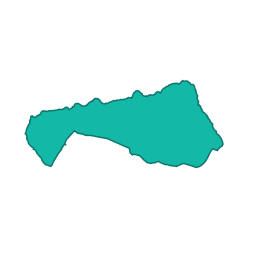 Mocha, Tungurahua, Ecuador (Mercator projection), rotated 204°
{"feature_id": "8360857B45602957344517", "entity_name": "Mocha", "entity_type": "district", "adm_level": 2, "iso_a3": "ECU", "parent_name": "Ecuador", "parent_adm1": "Tungurahua", "projection": "mercator", "projection_center": [-78.688, -1.415], "detail": "fine", "context": "isolated", "style": "filled", "palette": "teal", "viewbox_px": 256, "rotation_deg": 204, "n_neighbors": 0, "source": "geoboundaries", "source_scale": "gbopen_adm2", "svg_char_len": 5867}
<svg xmlns="http://www.w3.org/2000/svg" viewBox="0 0 256 256"><g transform="rotate(204 128 128)"><path d="M34.6,151.0L34.7,151.4L34.7,152.0L35.1,152.5L35.6,152.7L35.9,153.8L37.7,155.3L38.5,156.3L40.0,156.9L40.9,157.8L41.5,158.0L42.8,158.6L44.6,158.8L45.1,158.9L45.4,159.3L45.6,160.5L46.1,161.0L47.9,161.2L48.8,161.8L49.7,162.1L51.9,164.6L52.1,165.2L52.0,165.6L52.2,165.9L53.4,166.5L54.7,166.7L54.9,166.8L55.0,167.2L55.8,167.6L56.0,167.9L56.4,168.1L56.8,168.5L56.9,168.8L57.9,169.0L58.5,169.6L58.9,169.9L59.8,170.0L59.9,170.4L59.9,170.8L60.5,170.9L60.9,171.5L61.3,171.5L62.9,172.3L63.2,172.3L64.6,172.9L65.2,172.8L65.4,173.1L65.7,173.2L66.0,173.2L66.8,173.5L67.2,173.8L67.7,174.7L68.4,175.1L69.1,175.7L69.5,175.8L70.1,176.1L70.3,176.9L70.6,177.1L70.7,177.5L71.9,177.4L72.4,177.2L72.9,177.3L73.4,177.7L73.0,178.2L73.3,178.3L73.8,178.8L73.7,179.0L73.7,179.3L74.0,179.7L74.3,180.9L74.7,181.3L75.1,181.3L76.2,182.5L76.5,183.0L76.8,183.2L77.3,184.2L77.4,185.7L77.8,185.8L78.4,186.2L79.1,187.1L79.4,187.3L80.1,188.2L80.7,188.7L80.9,189.0L80.8,189.3L81.6,190.0L81.9,190.6L83.0,191.3L83.5,191.9L84.1,192.9L85.2,193.8L86.1,194.2L87.6,193.5L88.4,193.5L89.1,193.8L89.7,194.4L91.1,194.3L92.3,195.0L93.8,194.7L96.4,193.2L97.2,193.6L97.5,193.2L97.6,192.8L98.1,191.9L98.4,190.4L98.7,190.2L99.4,188.9L99.4,188.6L99.8,188.4L100.2,188.5L100.6,188.8L101.2,188.9L101.6,188.8L102.1,188.4L102.3,188.1L102.9,188.0L103.1,187.8L104.1,187.4L106.2,185.8L107.2,184.5L107.9,184.0L108.0,183.9L107.9,183.6L108.7,182.0L109.5,181.8L109.8,181.6L110.3,180.0L111.5,178.7L111.8,177.9L112.2,176.8L112.6,175.3L112.5,174.8L112.2,174.2L112.2,173.7L112.9,173.3L113.3,173.2L113.9,173.5L114.1,173.5L114.4,173.6L114.9,173.4L115.6,172.8L116.6,172.5L116.7,171.4L116.9,171.0L117.0,170.9L117.1,170.4L117.3,170.1L117.1,169.7L117.4,169.3L117.8,169.2L118.9,167.7L119.5,167.7L120.0,167.5L120.5,167.6L121.1,167.5L121.4,166.9L122.0,166.7L122.1,166.4L122.5,166.2L122.7,165.5L123.2,164.8L123.6,164.8L124.0,164.4L124.3,164.3L124.5,164.5L124.6,164.3L125.3,164.1L125.4,163.9L126.4,163.7L127.5,163.7L128.6,164.2L128.8,164.4L128.8,164.8L129.6,165.2L130.1,165.2L130.8,165.2L133.2,166.2L134.6,165.8L135.1,165.3L135.6,165.2L135.8,165.1L136.2,164.1L136.9,162.2L136.9,161.3L137.0,161.0L137.1,160.6L136.7,159.3L136.9,158.7L136.8,157.9L137.0,157.6L136.9,156.9L139.2,156.3L140.1,155.9L141.8,153.6L142.6,153.0L143.3,152.6L144.8,151.6L146.3,151.0L146.9,150.2L148.2,149.5L149.3,149.1L149.8,148.5L150.3,148.2L150.9,147.5L151.4,147.5L152.2,147.3L153.9,145.2L155.3,144.1L156.3,142.5L157.0,141.8L158.3,141.7L158.5,141.5L158.7,140.9L159.4,140.3L160.0,140.1L162.5,140.4L163.3,140.8L164.2,141.1L164.8,141.8L165.4,141.8L165.7,142.1L167.5,142.5L168.6,142.1L169.2,142.0L169.6,141.8L170.1,141.6L170.5,141.1L171.0,139.9L171.0,139.7L170.8,139.4L171.2,138.8L171.1,138.3L171.6,138.3L171.9,137.6L172.3,137.4L172.5,137.4L172.6,137.0L172.8,136.7L173.9,135.3L174.0,134.0L174.7,133.3L174.8,132.9L174.7,132.1L175.3,131.9L175.8,130.9L176.2,130.7L177.1,129.9L177.3,129.8L178.0,129.9L178.3,129.6L178.7,129.5L183.6,130.2L184.2,129.7L184.5,129.5L184.9,129.2L185.4,129.2L186.0,128.5L186.2,127.8L186.2,126.5L186.0,126.2L186.6,125.6L186.7,124.8L187.4,124.7L187.3,123.5L187.5,123.1L188.3,122.4L188.5,122.0L188.6,121.2L189.4,120.8L189.7,120.9L190.8,121.9L191.4,122.1L192.5,122.0L193.0,121.7L193.8,121.1L193.9,120.0L194.1,119.7L194.9,119.2L195.1,118.5L195.6,118.4L196.1,117.8L196.5,117.6L198.4,117.2L198.7,116.7L199.3,116.4L200.2,115.4L201.1,115.0L201.8,114.4L202.9,113.9L204.0,113.1L206.5,112.0L207.5,111.3L208.1,110.6L208.6,110.2L209.8,110.1L210.3,109.6L210.5,109.5L211.1,109.6L211.4,109.5L212.4,109.1L213.4,108.1L213.7,107.1L213.8,104.9L214.5,103.6L214.7,103.4L215.2,103.3L215.4,103.0L215.5,102.6L216.3,101.7L216.5,100.6L216.7,100.3L217.4,99.8L218.6,99.8L219.4,99.5L219.9,99.6L220.3,100.0L220.5,100.1L221.4,99.1L221.1,98.7L220.7,96.7L220.7,95.0L220.6,94.4L220.3,93.9L219.6,92.2L219.6,91.6L220.2,90.8L220.1,88.9L220.2,86.5L219.9,84.5L219.4,82.2L219.6,81.1L218.7,80.8L217.6,79.8L217.3,79.7L216.4,79.1L216.3,78.9L216.5,78.7L216.6,78.3L216.1,77.0L215.3,76.2L213.8,75.2L212.9,73.7L212.2,73.2L209.4,71.9L208.7,71.7L206.7,71.5L205.9,70.6L205.9,70.2L204.9,70.2L204.0,70.1L203.0,69.6L202.6,69.5L201.1,68.0L200.7,67.7L199.8,67.5L198.7,66.7L197.1,66.0L195.1,65.4L194.3,64.3L193.4,63.5L192.1,62.8L190.9,61.8L189.8,61.9L189.0,61.0L188.6,61.0L187.4,61.2L183.0,61.5L182.3,63.4L182.5,64.9L182.4,67.5L181.5,73.8L181.3,76.3L180.0,81.3L180.4,82.8L180.2,83.3L179.9,83.6L180.0,84.7L180.0,85.8L179.8,86.3L179.5,86.7L178.2,87.3L178.3,87.5L178.8,87.7L179.4,88.2L179.6,91.7L179.2,93.6L179.2,93.8L179.0,94.1L177.8,97.6L175.9,103.6L174.3,103.2L173.2,103.1L172.3,102.9L170.8,102.9L169.9,103.4L169.3,103.6L169.0,103.6L168.4,103.5L167.9,103.6L166.8,104.2L166.4,104.2L165.0,104.0L164.3,104.1L163.5,104.1L163.5,104.3L161.2,105.0L159.8,105.9L159.0,106.0L154.8,107.1L151.6,107.7L142.8,109.9L118.5,110.0L117.8,109.2L117.5,108.5L116.7,107.5L116.4,106.8L116.0,106.3L115.6,106.0L114.7,105.8L114.2,105.5L113.6,105.4L113.3,105.2L113.0,105.2L112.7,105.9L112.4,106.3L111.7,106.5L111.1,106.4L109.6,107.1L108.4,107.0L107.5,107.3L106.2,107.4L104.3,106.9L102.6,106.2L102.2,105.8L101.6,105.8L100.4,105.2L99.1,105.1L98.5,104.8L96.8,104.3L96.5,104.1L96.3,104.1L95.5,104.5L94.8,104.7L93.7,104.7L92.8,105.0L90.1,106.8L89.1,107.3L88.6,108.0L87.5,109.1L86.6,109.7L85.6,109.8L84.4,109.6L82.2,109.7L81.1,109.6L78.8,109.8L78.4,110.1L78.0,110.2L77.0,110.7L74.8,110.7L73.9,110.8L73.4,111.2L73.1,111.4L71.9,111.5L70.9,111.8L70.4,112.1L69.9,112.3L68.3,112.5L68.3,113.0L67.4,113.4L66.5,114.3L65.5,115.5L65.0,116.3L63.7,117.5L62.3,118.3L60.1,118.6L55.4,119.2L54.5,119.4L50.5,119.6L49.4,120.0L47.7,121.3L46.3,122.9L45.6,124.0L44.2,127.2L43.5,130.3L43.2,134.2L43.0,139.6L42.4,143.2L42.2,143.4L37.7,143.7L37.5,144.0L37.2,143.9L36.6,146.5L35.7,148.5L34.8,149.8L34.6,151.0Z" fill="#14b8a6" stroke="#0f766e" stroke-width="1.5"/></g></svg>